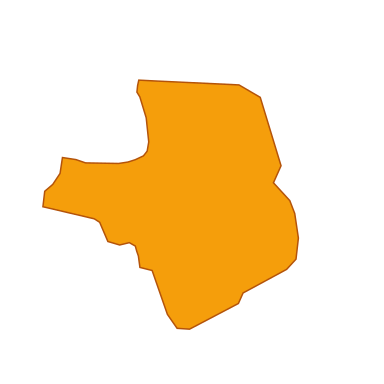 map outline of Cerknica (Natural Earth projection), rotated 218°
{"feature_id": "SVN-943", "entity_name": "Cerknica", "entity_type": "Municipality", "adm_level": 1, "iso_a3": "SVN", "parent_name": "Slovenia", "parent_adm1": "", "projection": "natural_earth1", "projection_center": [14.404, 45.799], "detail": "fine", "context": "isolated", "style": "filled", "palette": "amber", "viewbox_px": 384, "rotation_deg": 218, "n_neighbors": 0, "source": "natural_earth", "source_scale": "10m", "svg_char_len": 689}
<svg xmlns="http://www.w3.org/2000/svg" viewBox="0 0 384 384"><g transform="rotate(218 192 192)"><path d="M246.1,111.3L252.5,110.7L300.4,88.6L308.5,101.9L306.4,112.3L307.4,125.4L315.3,139.4L303.4,146.1L293.8,149.4L267.4,169.3L260.9,176.2L256.6,182.5L252.5,190.6L252.5,196.6L256.9,204.8L273.8,222.3L291.6,234.8L296.9,236.8L300.4,242.4L302.8,247.4L288.7,257.3L220.9,305.3L196.5,308.6L138.0,267.5L133.5,249.4L109.6,245.4L97.8,238.3L79.8,221.2L68.7,203.1L69.8,189.3L89.6,143.9L86.8,132.7L109.5,82.4L119.8,75.4L136.0,80.4L175.1,105.6L186.6,100.5L194.9,108.6L199.1,111.3L203.4,114.5L210.2,113.5L216.4,105.7L227.8,101.2L246.1,111.3Z" fill="#f59e0b" stroke="#b45309" stroke-width="1.5"/></g></svg>